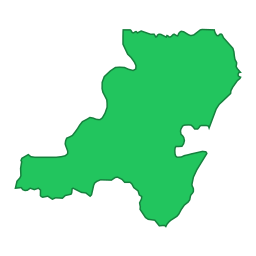 outline of Aberdeenshire
{"feature_id": "GBR-2013", "entity_name": "Aberdeenshire", "entity_type": "Unitary District", "adm_level": 1, "iso_a3": "GBR", "parent_name": "United Kingdom", "parent_adm1": "", "projection": "mercator", "projection_center": [-2.632, 57.223], "detail": "fine", "context": "isolated", "style": "filled", "palette": "green", "viewbox_px": 256, "rotation_deg": 0, "n_neighbors": 0, "source": "natural_earth", "source_scale": "10m", "svg_char_len": 2910}
<svg xmlns="http://www.w3.org/2000/svg" viewBox="0 0 256 256"><path d="M123.2,29.9L130.2,29.9L130.9,30.4L132.1,32.4L133.2,32.9L134.4,32.4L135.3,31.7L136.2,31.6L137.4,32.9L141.2,31.0L150.6,34.3L154.1,34.2L155.8,37.0L156.7,36.7L157.5,35.1L159.0,34.2L160.9,34.4L166.2,37.1L167.0,35.5L167.8,35.8L168.8,36.8L170.0,37.1L171.3,36.4L173.2,34.5L174.2,34.2L176.3,35.5L177.6,35.9L178.2,34.9L178.6,33.7L179.4,32.6L180.4,31.7L181.3,31.3L183.7,31.8L188.6,34.8L190.8,35.6L193.7,35.0L200.3,29.9L202.1,29.5L214.3,29.9L214.4,30.7L215.0,32.5L216.0,34.4L217.0,35.6L218.3,35.7L220.1,34.1L221.5,34.2L222.2,35.0L223.5,37.8L232.9,48.4L233.9,51.9L234.3,55.7L234.9,59.3L236.6,62.6L236.6,63.9L236.1,66.5L237.3,68.7L240.4,72.3L238.9,72.5L238.1,74.0L238.2,75.8L239.3,76.7L240.6,77.2L239.9,78.5L237.3,80.7L232.8,87.0L230.9,90.7L230.6,93.5L219.1,104.4L216.2,108.9L209.1,127.9L208.6,126.3L208.3,126.0L206.4,125.5L204.0,125.5L202.7,125.5L201.2,125.5L200.0,126.0L198.9,127.7L197.7,129.0L196.3,129.0L194.7,129.0L193.0,126.8L191.1,125.1L188.6,124.9L184.4,125.1L182.6,126.0L181.5,128.0L180.8,129.3L180.5,131.3L181.0,134.3L182.5,135.7L183.7,137.5L184.4,140.6L183.6,143.7L181.9,146.3L178.6,146.5L175.9,146.5L175.1,147.9L174.8,150.5L175.0,153.8L175.7,156.1L177.1,157.2L178.7,157.2L181.4,157.0L184.4,155.6L187.7,154.9L191.4,153.9L194.6,153.2L199.4,152.1L202.5,151.4L205.8,151.8L206.5,152.7L206.8,153.6L206.7,153.7L196.8,169.8L193.4,177.1L191.9,184.4L192.2,186.1L192.9,187.4L193.4,188.9L193.4,191.3L192.9,192.5L190.8,195.1L190.4,196.2L189.7,199.8L188.1,202.1L184.3,205.1L181.3,209.4L178.7,214.2L176.9,216.3L170.7,220.3L168.8,222.0L166.9,224.3L165.8,226.5L164.7,225.5L162.5,225.5L159.3,225.8L154.8,220.2L148.2,219.3L145.5,217.5L140.1,209.4L140.3,206.7L139.6,202.9L141.5,198.9L141.7,196.5L139.3,194.9L138.1,190.9L133.8,187.6L131.9,184.0L130.1,182.3L124.7,182.3L122.1,179.4L117.5,177.1L115.2,177.5L111.4,180.1L100.5,179.8L96.9,181.3L94.7,183.0L93.7,185.1L91.5,194.8L90.1,196.2L85.8,192.9L81.5,192.4L73.1,188.2L72.1,188.8L71.7,192.9L71.0,194.2L65.3,195.5L62.4,198.2L59.7,198.0L55.5,197.8L52.4,199.2L47.8,196.2L42.7,197.2L41.2,196.5L40.4,195.5L40.5,190.0L38.4,188.2L34.3,189.6L30.2,188.2L27.4,190.2L25.1,190.5L22.9,189.7L21.2,187.6L15.4,188.2L17.0,181.2L20.1,177.7L20.9,175.7L20.6,168.4L21.7,161.8L21.0,160.5L21.9,158.3L28.3,154.6L30.8,156.7L34.9,157.3L42.4,157.3L50.5,157.3L56.1,157.3L61.3,156.7L65.2,155.8L67.7,153.7L67.7,151.1L66.5,147.8L65.7,145.7L65.2,143.9L65.6,140.9L66.7,138.2L69.5,137.0L72.4,135.5L75.0,132.2L77.6,128.6L79.8,125.0L82.4,121.7L87.5,119.0L89.9,117.5L93.1,118.1L96.1,119.3L98.5,119.6L100.1,119.6L102.4,117.8L105.0,113.3L107.1,107.3L107.1,103.4L106.8,99.8L104.8,95.9L102.9,92.2L102.1,88.6L102.2,82.3L104.3,76.6L110.5,70.8L115.4,67.5L119.6,67.2L124.5,67.5L128.5,69.3L133.1,70.5L135.8,69.0L136.0,65.7L134.4,62.1L131.1,57.5L127.7,54.2L123.0,44.2L123.0,36.6L123.1,31.6L123.2,29.9Z" fill="#22c55e" stroke="#15803d" stroke-width="1.5"/></svg>